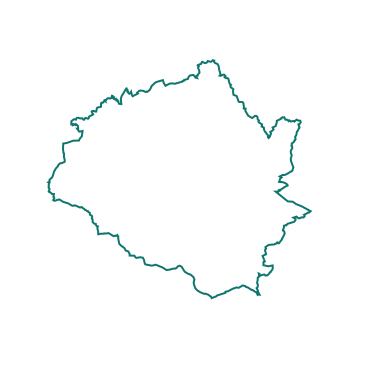 Acatic, Jalisco, Mexico (Natural Earth projection), rotated 244°
{"feature_id": "50627088B27776159649356", "entity_name": "Acatic", "entity_type": "district", "adm_level": 2, "iso_a3": "MEX", "parent_name": "Mexico", "parent_adm1": "Jalisco", "projection": "natural_earth1", "projection_center": [-102.897, 20.769], "detail": "fine", "context": "isolated", "style": "outline", "palette": "teal", "viewbox_px": 384, "rotation_deg": 244, "n_neighbors": 0, "source": "geoboundaries", "source_scale": "gbopen_adm2", "svg_char_len": 6037}
<svg xmlns="http://www.w3.org/2000/svg" viewBox="0 0 384 384"><g transform="rotate(244 192 192)"><path d="M208.6,320.6L209.4,319.1L211.2,317.7L210.4,314.9L211.2,314.7L212.2,311.5L213.6,311.0L213.4,309.8L215.0,309.6L216.0,307.7L218.7,307.7L219.0,306.7L219.5,306.1L219.2,304.4L218.8,304.4L218.8,299.4L217.5,298.8L214.6,296.1L214.6,292.7L212.4,292.7L211.7,290.2L211.7,288.7L209.8,288.6L207.3,285.7L206.9,284.6L208.3,284.3L209.0,285.3L211.8,284.5L213.0,284.6L214.2,284.0L217.0,284.1L217.7,284.7L218.5,284.8L220.3,283.3L220.8,283.6L220.8,284.0L222.1,284.6L225.2,282.6L226.0,282.5L226.9,283.5L228.4,282.9L230.8,283.7L232.3,283.1L232.8,282.1L232.1,278.5L235.8,276.0L241.3,275.5L243.4,276.7L243.8,276.3L244.0,275.3L244.4,275.1L245.8,276.0L249.7,277.2L251.0,276.5L252.1,274.1L252.7,273.5L258.6,274.2L261.2,271.9L264.3,272.9L266.3,274.2L269.3,272.7L271.0,273.2L271.2,274.0L273.1,273.3L277.8,274.3L278.8,273.9L279.2,272.7L280.9,271.5L281.4,271.8L281.5,272.9L283.3,272.4L283.8,271.4L283.8,268.8L284.5,267.9L285.1,269.2L289.8,270.0L293.3,271.1L295.8,271.1L297.9,269.2L299.4,268.9L300.3,269.6L301.4,268.3L300.7,266.9L300.8,265.9L302.8,263.6L302.1,262.9L301.8,260.9L302.8,259.5L304.5,258.4L304.5,258.0L303.1,256.1L303.5,254.5L303.1,253.3L303.9,252.1L302.0,253.2L301.0,251.9L298.0,251.7L295.9,251.0L295.0,248.7L294.1,248.1L294.4,247.0L293.2,246.3L292.3,246.4L293.2,245.3L296.1,244.8L296.9,244.0L297.6,241.0L296.7,239.1L295.4,237.8L296.0,234.9L295.6,233.8L296.0,233.6L295.5,232.3L295.8,232.1L295.5,231.2L296.8,224.1L298.4,221.6L299.2,219.5L299.1,214.7L302.5,214.4L305.3,214.9L306.5,208.1L306.4,206.8L304.8,201.8L304.2,201.5L302.2,198.6L301.6,195.8L302.1,195.5L302.2,194.1L304.1,192.7L305.9,190.0L306.0,188.7L305.3,186.2L304.2,186.5L304.1,180.6L305.5,180.5L308.8,181.2L308.0,180.1L307.7,178.8L309.9,178.0L310.3,178.5L310.9,178.0L312.0,178.8L313.0,178.4L313.8,178.6L313.9,178.4L309.0,170.8L307.0,168.9L302.0,167.0L303.4,165.0L304.3,165.2L306.1,165.1L306.2,165.5L307.6,165.1L307.5,164.2L309.0,164.5L309.1,163.2L310.1,162.4L310.7,162.3L311.3,163.5L312.2,162.7L313.2,162.8L313.6,162.3L311.8,160.7L311.8,159.5L313.2,157.6L313.0,156.5L312.2,154.9L312.8,154.4L312.8,153.5L311.8,153.6L312.2,153.3L311.3,150.9L311.9,150.3L311.9,149.7L311.4,149.0L308.7,147.7L308.5,147.1L309.2,144.9L309.2,143.4L306.3,141.2L306.8,140.2L308.0,139.2L308.5,137.4L308.1,137.0L305.0,137.1L304.9,132.9L304.7,132.2L303.9,131.8L303.4,130.7L305.2,128.9L305.2,127.9L304.3,127.0L304.4,126.3L306.6,125.4L307.1,123.7L308.4,122.6L308.9,121.6L309.0,120.7L307.9,119.4L309.1,118.0L308.9,116.3L308.5,114.6L305.7,113.2L305.4,114.6L304.3,114.1L304.2,116.5L303.6,116.3L303.2,116.6L303.4,117.7L301.2,118.4L298.7,117.4L299.2,116.5L295.9,117.0L295.5,117.4L294.8,120.4L290.3,117.3L289.3,114.9L287.8,112.8L290.2,107.8L291.0,100.8L292.0,97.5L286.6,94.6L285.2,94.3L283.7,93.6L282.9,93.9L279.7,92.3L276.3,91.6L274.9,90.6L275.1,87.4L275.6,86.0L274.8,83.6L274.0,82.8L272.9,80.1L270.7,76.8L268.7,75.1L266.5,72.8L265.4,69.2L264.0,68.8L263.7,67.1L262.8,67.9L261.0,66.1L259.9,65.9L258.8,65.0L257.1,65.3L255.2,63.4L254.4,63.8L254.1,64.4L251.5,65.4L250.7,67.0L248.5,65.3L247.7,65.8L246.7,65.4L245.6,63.7L244.6,64.2L244.1,65.4L244.0,67.2L243.4,69.6L239.6,71.9L236.0,75.8L232.7,77.9L231.7,79.0L231.4,80.9L227.1,84.6L227.0,86.2L224.8,87.1L223.7,87.9L222.7,88.1L222.1,88.8L220.7,89.4L220.2,90.2L219.5,90.1L218.1,91.0L216.4,90.3L214.3,91.6L213.1,91.3L212.1,90.3L210.8,90.6L208.4,89.5L206.3,90.4L205.4,91.5L204.9,91.2L203.1,91.4L202.4,92.3L200.8,91.0L197.5,90.3L195.1,89.2L194.5,91.6L193.1,94.6L193.3,94.9L192.4,96.5L191.6,99.0L186.6,102.2L186.5,103.7L185.8,104.3L186.1,105.9L184.9,105.9L184.5,106.3L182.6,105.3L177.3,103.9L174.2,105.0L171.6,106.6L168.4,106.8L166.5,108.7L163.6,108.8L162.2,108.1L160.0,112.3L157.9,112.6L157.1,113.2L156.1,116.8L154.5,119.0L152.0,119.1L149.1,118.3L147.4,118.3L143.6,123.3L143.0,124.9L142.7,127.2L142.0,128.0L137.0,132.5L133.1,134.8L132.0,138.0L131.4,141.5L130.5,143.3L130.5,144.6L131.4,147.0L131.2,148.5L129.4,149.9L123.6,150.5L120.1,152.7L118.3,154.6L114.9,156.0L112.2,155.8L109.9,153.8L107.8,153.2L104.1,152.8L101.5,153.5L98.4,155.4L95.1,158.3L94.8,159.4L92.8,161.4L89.6,163.2L88.0,163.2L87.6,168.1L88.0,168.9L86.8,177.4L86.8,177.9L87.7,178.4L87.0,180.9L87.2,186.1L86.7,190.1L85.4,192.1L85.8,196.6L83.9,198.8L83.1,198.8L82.0,200.1L77.7,202.8L77.4,203.5L74.9,204.8L73.9,205.9L70.7,205.9L70.8,206.5L70.1,207.7L71.9,207.6L72.1,207.3L74.5,208.0L77.3,207.9L77.5,209.0L79.7,210.6L81.8,210.6L84.1,212.5L85.7,213.2L86.3,213.7L86.5,215.4L87.1,215.4L87.1,215.8L89.4,216.3L88.8,216.8L87.1,216.5L86.4,220.1L85.9,221.1L84.8,221.3L84.1,222.9L84.5,224.9L85.2,226.3L85.6,226.5L85.6,227.7L86.0,227.9L86.9,230.0L88.0,231.1L90.6,232.3L91.8,228.0L94.9,224.1L97.8,225.6L97.7,227.0L103.6,227.4L103.6,231.3L107.7,232.1L108.6,233.7L109.3,233.5L110.3,233.9L110.8,237.8L108.7,243.3L109.0,243.9L108.6,245.6L109.3,246.2L109.2,246.8L108.3,247.0L107.8,247.6L109.9,251.9L111.2,253.1L111.4,253.8L114.0,257.1L116.3,257.6L117.5,256.8L117.9,256.9L119.4,258.8L121.3,259.8L121.2,261.4L120.9,261.5L120.7,262.0L121.5,264.0L120.4,270.8L121.4,272.7L122.2,273.3L124.5,271.9L124.1,275.1L122.1,276.0L121.3,276.8L121.1,279.7L120.2,281.1L120.9,282.7L121.7,283.0L122.4,282.7L122.4,286.1L122.7,287.5L122.2,288.1L122.8,290.2L131.2,284.2L135.6,280.2L139.0,278.4L141.6,274.0L155.6,267.4L155.1,268.4L155.2,269.0L154.6,269.7L154.8,270.2L154.6,270.6L154.7,271.5L155.6,271.5L155.1,272.7L155.9,277.5L155.9,280.8L157.0,280.9L159.0,279.8L161.3,277.6L162.9,274.7L165.5,277.4L165.8,278.9L167.5,277.7L167.6,280.8L166.6,283.0L166.7,287.0L167.1,289.7L166.8,290.6L167.3,291.6L169.7,293.9L176.1,294.5L178.5,295.3L181.4,297.8L183.7,297.9L185.5,298.7L186.9,300.4L187.0,301.0L189.0,302.0L190.0,301.6L190.6,302.4L191.9,302.9L192.2,305.1L193.1,306.8L193.5,306.8L193.7,307.7L194.1,308.3L195.3,308.5L195.5,307.8L195.6,308.6L196.5,309.0L197.3,310.6L200.2,312.7L200.7,313.9L202.2,315.8L202.4,316.5L202.8,316.9L203.6,316.8L204.0,317.2L205.8,317.1L206.2,317.4L206.0,318.5L206.2,319.1L206.9,320.2L208.6,320.6Z" fill="none" stroke="#0f766e" stroke-width="2"/></g></svg>